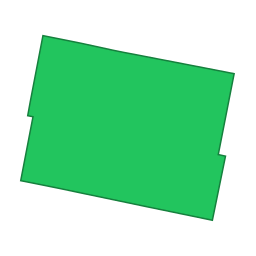 Greene, Missouri, United States of America, rotated 190°
{"feature_id": "52423323B68605261841500", "entity_name": "Greene", "entity_type": "district", "adm_level": 2, "iso_a3": "USA", "parent_name": "United States of America", "parent_adm1": "Missouri", "projection": "orthographic", "projection_center": [-93.327, 37.258], "detail": "fine", "context": "isolated", "style": "filled", "palette": "green", "viewbox_px": 256, "rotation_deg": 190, "n_neighbors": 0, "source": "geoboundaries", "source_scale": "gbopen_adm2", "svg_char_len": 386}
<svg xmlns="http://www.w3.org/2000/svg" viewBox="0 0 256 256"><g transform="rotate(190 128 128)"><path d="M28.9,51.8L27.1,117.2L34.5,117.5L32.9,199.9L85.2,200.8L111.5,201.2L134.6,201.6L144.5,201.7L156.6,202.0L189.1,203.3L227.8,204.2L228.8,138.3L228.9,122.7L223.5,122.6L224.5,57.5L185.6,56.6L161.1,55.8L94.6,53.7L28.9,51.8Z" fill="#22c55e" stroke="#15803d" stroke-width="1.5"/></g></svg>